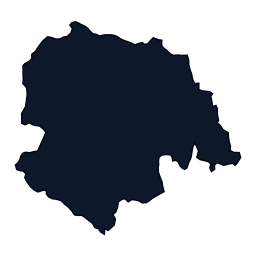 Mata, Rio Grande do Sul, Brazil (Albers equal-area conic projection)
{"feature_id": "56859067B52092652221629", "entity_name": "Mata", "entity_type": "district", "adm_level": 2, "iso_a3": "BRA", "parent_name": "Brazil", "parent_adm1": "Rio Grande do Sul", "projection": "albers", "projection_center": [-54.46, -29.545], "detail": "fine", "context": "isolated", "style": "filled", "palette": "ink", "viewbox_px": 256, "rotation_deg": 0, "n_neighbors": 0, "source": "geoboundaries", "source_scale": "gbopen_adm2", "svg_char_len": 2533}
<svg xmlns="http://www.w3.org/2000/svg" viewBox="0 0 256 256"><path d="M21.7,113.5L21.7,118.8L21.7,123.3L25.3,124.7L29.3,122.6L32.0,124.4L35.1,125.4L39.4,125.9L43.5,129.2L45.9,132.6L37.7,151.1L33.8,151.7L29.6,152.8L25.5,152.3L22.6,153.4L20.8,156.2L19.9,159.6L18.1,162.7L15.4,165.0L16.8,169.5L20.1,170.7L22.9,170.9L26.1,173.8L24.8,177.7L26.5,180.9L28.7,184.2L30.8,187.0L34.5,190.2L38.0,191.9L42.8,190.3L46.3,190.4L46.5,194.1L48.6,196.8L52.4,198.7L55.9,199.1L58.7,199.8L61.6,200.9L64.3,203.9L68.2,206.9L71.5,210.5L74.5,214.9L78.2,215.4L81.5,215.2L85.1,217.4L88.4,220.2L92.7,223.4L94.8,227.5L98.4,228.6L100.6,231.9L104.3,234.2L104.7,228.6L108.2,230.4L110.6,228.1L114.1,225.1L115.4,219.2L112.9,214.5L115.7,212.0L117.5,207.5L118.3,201.8L122.0,199.3L124.8,198.6L128.2,201.8L131.6,199.6L134.4,199.8L138.5,200.6L142.2,202.9L146.5,202.5L149.2,200.8L151.6,198.8L156.7,195.7L161.1,193.2L164.1,191.6L162.6,186.4L162.1,182.3L159.5,175.6L158.4,172.3L158.1,167.4L158.7,164.4L158.4,161.1L159.0,157.2L162.0,154.9L166.0,154.5L170.4,154.7L172.3,157.3L172.6,160.8L175.9,160.3L178.2,161.8L180.1,166.0L182.2,168.0L184.6,169.4L186.9,167.9L188.9,161.9L190.6,158.7L191.5,154.9L192.4,149.0L193.1,146.0L194.9,143.3L196.7,146.5L198.5,150.9L197.8,154.2L196.8,157.3L200.0,159.5L205.3,160.8L208.8,161.9L211.0,164.4L209.8,167.8L211.4,171.5L214.6,169.3L214.5,164.8L217.3,162.6L223.7,165.3L229.2,163.8L233.0,163.4L235.1,165.3L237.5,162.6L240.6,157.4L239.2,152.6L234.0,152.5L230.0,150.5L230.4,146.4L229.4,142.6L228.5,138.2L228.2,132.7L223.0,129.7L220.1,125.4L217.2,122.8L218.5,120.2L217.7,116.5L217.3,113.2L217.2,108.2L216.0,105.5L212.7,106.6L211.9,101.7L210.7,96.2L212.5,93.7L210.0,91.9L205.7,91.3L202.3,91.0L198.7,89.5L198.8,83.3L194.5,83.6L192.6,79.3L191.4,73.3L190.1,70.2L188.7,64.3L188.6,59.5L187.0,55.2L181.2,55.5L178.4,55.0L173.3,55.4L170.0,53.7L167.1,50.7L163.4,47.8L161.5,45.3L161.8,40.2L158.9,39.9L156.0,38.9L153.3,37.8L150.4,40.7L147.8,43.8L144.2,44.4L142.2,42.5L137.9,43.7L134.7,44.9L132.1,43.5L129.6,42.4L124.5,40.7L120.7,39.0L117.2,36.6L114.3,35.4L111.4,34.9L107.2,34.8L103.6,35.0L99.9,36.1L96.0,34.3L92.8,33.8L90.4,31.5L87.9,28.5L84.9,26.2L81.6,24.8L78.6,23.1L75.6,21.8L72.0,22.6L69.9,25.1L72.5,28.6L70.9,33.1L67.0,36.6L63.5,37.1L60.2,38.9L56.1,39.2L51.5,37.6L47.7,36.8L45.3,38.8L43.1,40.7L40.3,44.2L37.6,48.0L35.6,51.3L31.8,54.3L31.9,58.1L30.3,60.4L27.9,62.2L25.0,63.6L23.0,65.8L23.1,68.9L23.1,73.7L23.3,78.5L23.0,83.7L26.5,87.4L27.0,90.9L27.2,94.8L26.6,99.3L26.1,102.9L25.6,106.6L21.7,113.5Z" fill="#0f172a" stroke="#020617" stroke-width="1.5"/></svg>